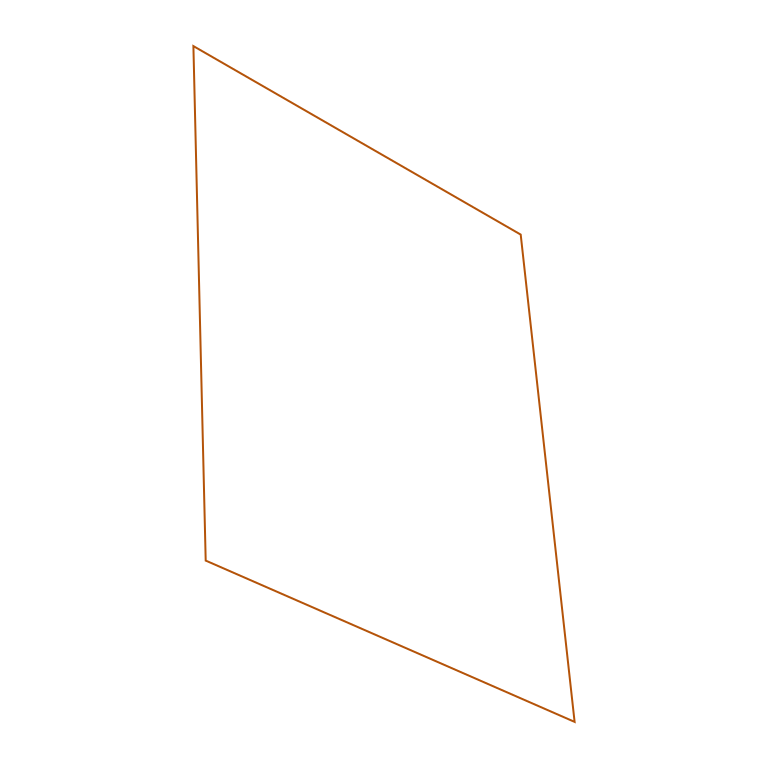 SVG path tracing the border of The Quarter, rotated 270°
{"feature_id": "AIA-5125", "entity_name": "The Quarter", "entity_type": "District", "adm_level": 1, "iso_a3": "AIA", "parent_name": "Anguilla", "parent_adm1": "", "projection": "natural_earth1", "projection_center": [-63.039, 18.231], "detail": "fine", "context": "isolated", "style": "outline", "palette": "amber", "viewbox_px": 768, "rotation_deg": 270, "n_neighbors": 0, "source": "natural_earth", "source_scale": "10m", "svg_char_len": 237}
<svg xmlns="http://www.w3.org/2000/svg" viewBox="0 0 768 768"><g transform="rotate(270 384 384)"><path d="M533.4,520.7L46.1,574.6L155.6,324.2L207.4,205.7L721.9,193.4L533.4,520.7Z" fill="none" stroke="#b45309" stroke-width="2"/></g></svg>